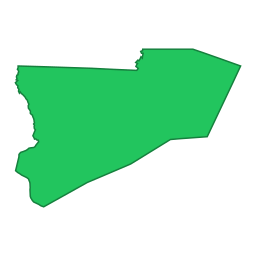 São Gonçalo do Gurguéia, Piauí, Brazil (orthographic projection)
{"feature_id": "56859067B20253198394282", "entity_name": "São Gonçalo do Gurguéia", "entity_type": "district", "adm_level": 2, "iso_a3": "BRA", "parent_name": "Brazil", "parent_adm1": "Piauí", "projection": "orthographic", "projection_center": [-45.45, -10.118], "detail": "fine", "context": "isolated", "style": "filled", "palette": "green", "viewbox_px": 256, "rotation_deg": 0, "n_neighbors": 0, "source": "geoboundaries", "source_scale": "gbopen_adm2", "svg_char_len": 1430}
<svg xmlns="http://www.w3.org/2000/svg" viewBox="0 0 256 256"><path d="M15.6,170.7L17.7,172.5L19.6,173.6L21.7,175.1L26.6,177.5L28.4,178.8L29.8,182.3L30.0,183.5L30.2,187.7L30.0,189.6L30.3,196.3L30.8,197.9L32.4,200.5L33.7,202.0L38.8,204.4L40.9,205.8L42.3,206.3L43.7,206.8L87.2,182.5L107.7,173.8L115.2,170.6L130.8,163.9L170.4,139.5L179.8,138.7L207.2,136.7L232.9,82.5L240.6,66.0L219.0,58.3L203.4,52.8L192.9,49.2L142.7,49.2L142.5,50.7L140.7,51.4L141.5,53.2L143.1,53.3L142.5,56.5L142.3,58.1L141.0,56.8L140.1,58.9L138.9,60.8L137.9,60.1L135.7,62.5L137.5,63.5L136.7,64.7L135.9,66.5L136.9,67.2L138.2,68.4L137.5,69.4L136.7,70.4L113.3,69.4L91.3,68.3L42.2,66.7L18.1,66.0L18.1,67.7L17.4,69.3L18.2,70.2L18.7,71.9L18.0,73.2L18.0,74.7L16.9,75.2L16.4,76.9L17.0,78.5L16.2,79.8L17.7,80.4L16.5,81.7L15.4,82.7L16.6,84.8L17.9,85.7L17.7,87.7L18.9,89.3L18.5,91.1L19.4,93.1L20.2,91.9L21.4,93.6L22.5,94.3L24.2,96.1L25.1,97.1L26.0,98.8L27.3,100.2L28.1,102.7L28.9,104.1L28.2,105.7L28.4,108.2L29.5,109.7L30.4,111.1L30.3,113.3L31.2,114.3L32.4,115.2L32.8,116.7L33.7,118.7L34.0,120.0L34.2,121.7L34.5,122.9L33.6,124.0L34.5,125.4L34.1,126.7L34.4,128.7L35.4,129.7L34.6,131.5L32.9,135.8L34.0,137.7L34.5,139.1L35.8,138.9L36.8,140.0L38.1,140.1L38.6,141.8L36.9,143.9L35.8,145.3L35.0,146.7L33.7,147.5L30.9,147.8L28.9,148.2L27.6,149.4L26.1,150.4L23.1,151.6L20.8,152.3L19.8,153.3L19.0,154.4L18.9,156.9L15.6,170.7Z" fill="#22c55e" stroke="#15803d" stroke-width="1.5"/></svg>